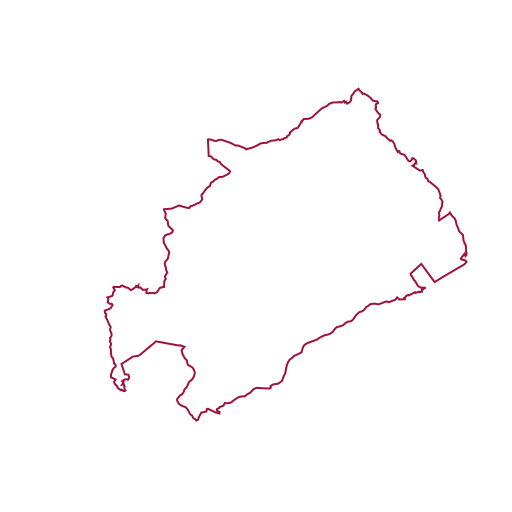 Alesd, Bihor, Romania (Robinson projection), rotated 236°
{"feature_id": "2599482B2208634986084", "entity_name": "Alesd", "entity_type": "district", "adm_level": 2, "iso_a3": "ROU", "parent_name": "Romania", "parent_adm1": "Bihor", "projection": "robinson", "projection_center": [22.42, 47.104], "detail": "fine", "context": "isolated", "style": "outline", "palette": "rose", "viewbox_px": 512, "rotation_deg": 236, "n_neighbors": 0, "source": "geoboundaries", "source_scale": "gbopen_adm2", "svg_char_len": 6107}
<svg xmlns="http://www.w3.org/2000/svg" viewBox="0 0 512 512"><g transform="rotate(236 256 256)"><path d="M337.3,434.5L337.2,429.8L335.8,426.5L335.5,425.0L335.1,424.3L332.1,422.1L331.1,419.8L331.3,416.8L333.5,417.0L333.5,415.4L335.3,415.8L335.5,412.4L337.2,411.2L337.4,410.0L340.3,405.6L341.3,401.8L340.7,399.0L341.6,392.7L339.6,380.0L340.4,376.2L342.8,372.3L342.3,370.2L341.8,369.5L342.3,369.1L341.5,368.2L338.9,362.5L339.1,361.3L340.0,359.2L339.4,353.3L338.3,352.5L337.8,350.4L338.0,349.0L337.1,347.6L337.9,344.8L337.6,343.7L338.4,342.3L338.9,340.3L340.3,339.9L341.4,335.7L342.4,334.5L343.0,333.3L343.9,329.2L343.8,328.1L344.6,327.1L346.7,322.9L347.2,317.2L348.0,313.0L348.6,312.0L348.9,310.2L349.8,308.9L349.8,307.6L352.2,306.7L358.0,302.6L358.5,301.4L359.1,300.8L364.1,298.1L371.6,292.4L372.9,290.5L373.6,287.2L374.3,286.3L377.6,283.8L379.2,282.0L379.4,281.3L365.3,272.7L363.6,274.5L362.3,274.5L359.6,275.1L357.9,276.9L356.0,277.2L353.8,278.7L351.8,278.4L340.9,281.9L340.6,281.7L339.9,280.7L339.5,278.8L340.3,272.5L341.7,270.3L342.2,268.9L341.8,266.9L342.2,265.1L342.1,263.7L341.6,262.0L341.9,260.6L341.8,259.3L339.8,257.1L339.9,254.3L339.0,250.6L337.4,246.8L337.3,245.2L336.3,244.4L333.0,243.2L331.8,239.4L332.0,237.7L332.5,236.5L333.1,231.5L333.9,229.8L333.1,227.3L336.7,223.8L340.9,220.5L342.4,212.7L346.2,205.9L344.6,205.2L341.5,204.9L338.4,202.0L336.8,201.9L334.7,202.4L329.9,200.2L323.8,201.5L322.5,199.9L322.6,196.3L323.2,195.4L323.9,192.3L322.6,189.3L319.9,187.8L319.3,187.2L312.4,186.3L309.7,186.5L307.6,186.2L303.0,181.3L302.0,177.5L300.4,175.9L298.5,175.1L297.2,175.1L294.8,173.7L291.9,173.2L290.1,169.1L289.1,168.6L287.4,168.4L286.6,166.2L284.9,164.7L281.7,162.6L282.6,161.0L282.6,159.9L283.1,159.5L283.3,158.4L281.4,153.8L281.6,152.6L281.5,151.7L282.0,150.7L282.9,150.0L283.6,148.6L284.8,147.2L285.1,146.2L286.3,144.6L287.0,144.5L288.8,146.2L289.3,147.0L289.5,146.1L291.4,143.1L294.5,142.6L295.1,141.3L296.2,140.5L296.6,141.4L297.4,142.0L297.1,140.8L298.2,139.8L297.6,138.9L297.4,134.8L297.7,133.1L300.8,132.3L301.8,131.7L302.6,130.5L306.2,128.8L306.7,127.3L306.3,126.5L306.4,125.7L310.0,120.8L309.8,120.1L306.6,119.8L306.3,119.5L306.0,117.9L305.4,117.0L303.5,115.1L303.3,114.2L304.8,109.6L303.2,109.7L300.6,107.3L298.3,107.8L297.0,109.7L295.6,109.7L294.1,106.7L294.2,103.9L295.0,101.7L295.3,100.0L292.9,99.0L292.0,99.3L290.5,98.7L290.0,97.4L285.6,96.9L281.7,96.0L278.4,95.8L276.7,94.0L275.6,93.3L272.5,92.9L270.6,91.6L269.7,89.1L268.2,88.7L267.0,87.1L264.4,86.8L263.7,86.3L262.1,84.0L259.7,83.5L257.2,81.8L253.3,79.9L251.0,80.3L246.1,78.2L245.3,78.6L244.0,78.6L242.8,77.8L242.7,76.0L242.2,74.0L239.2,70.0L236.7,67.9L232.1,70.5L231.2,68.2L229.5,67.5L227.9,67.5L225.8,68.2L224.8,67.6L222.7,68.0L220.2,69.0L220.3,69.9L218.1,70.6L217.6,71.3L217.5,72.5L218.4,72.4L221.4,73.7L221.5,74.2L223.5,74.7L224.2,73.1L224.7,74.5L225.6,75.8L226.9,75.0L227.2,75.6L227.1,77.8L226.5,79.3L225.0,80.8L225.7,82.3L227.2,83.4L229.0,83.8L231.2,81.1L241.7,84.1L241.4,97.8L239.1,102.6L238.9,104.1L241.1,125.4L224.7,142.2L224.5,143.2L220.7,145.9L219.5,141.7L215.3,140.1L210.9,139.8L208.2,140.3L204.0,138.6L199.8,140.7L197.7,141.0L194.9,140.6L193.4,139.9L191.1,137.6L189.4,134.2L188.9,129.9L186.1,125.4L185.3,121.9L184.0,120.4L182.6,117.4L182.9,115.2L181.5,110.6L180.0,109.7L178.0,109.7L177.2,109.3L173.8,110.4L169.8,113.2L166.9,113.5L161.2,113.0L159.6,113.8L156.6,113.4L153.9,114.6L153.0,114.5L152.7,116.5L154.3,118.4L156.8,123.3L155.9,124.7L154.9,128.0L156.7,129.9L156.1,130.8L149.2,134.8L145.9,137.6L147.1,138.5L148.5,137.5L149.8,137.3L150.9,138.1L150.6,140.4L151.1,141.5L150.1,145.4L151.6,147.9L149.8,150.1L148.4,153.7L148.8,156.0L148.8,162.2L147.7,165.5L146.0,168.0L146.2,171.2L146.0,175.1L147.0,179.3L146.5,182.5L138.5,193.1L138.5,194.6L140.1,195.4L139.9,198.5L137.8,202.8L137.9,207.8L140.8,211.7L142.4,214.6L147.7,219.9L149.9,222.9L151.2,225.9L151.5,230.3L151.9,231.3L150.6,239.8L153.7,243.4L155.0,245.8L155.2,247.3L155.0,250.1L152.6,259.9L152.7,262.8L152.0,268.3L150.6,271.8L150.1,274.7L150.1,276.9L151.5,280.6L151.9,283.3L151.1,285.1L149.9,289.2L150.3,292.1L150.3,295.0L148.9,298.2L148.8,299.6L149.5,302.2L150.9,305.6L151.7,310.2L150.8,313.1L150.8,315.1L152.1,319.2L151.9,320.3L152.1,324.2L150.1,327.7L147.3,330.8L145.5,338.7L143.3,340.3L142.4,344.9L141.7,346.6L142.7,349.8L139.8,350.5L136.9,355.2L137.4,355.5L138.3,355.4L138.5,357.8L139.0,358.4L139.0,358.7L138.5,360.5L137.9,360.6L137.1,367.5L136.2,367.5L135.2,371.2L134.9,371.1L134.3,372.1L133.6,373.7L135.1,374.4L134.9,375.1L135.3,375.2L134.8,378.9L137.7,374.9L140.6,373.5L146.3,373.9L147.6,373.5L151.4,373.9L153.9,373.8L154.9,374.3L157.0,388.6L134.5,389.5L134.1,399.9L132.6,423.8L133.2,426.7L133.6,427.4L135.7,426.8L138.2,424.3L139.3,424.3L141.3,430.2L138.8,429.6L139.2,431.1L141.1,432.4L142.6,432.8L143.5,433.6L146.9,435.6L148.2,435.9L149.8,435.8L150.1,436.3L152.8,436.7L157.7,439.3L163.0,438.2L165.5,439.0L169.6,439.7L173.2,441.2L176.1,441.7L180.3,440.9L183.6,441.0L183.0,438.9L183.1,427.7L185.4,428.8L187.0,430.6L190.0,432.2L190.4,433.9L191.8,435.3L193.3,438.2L195.7,439.8L196.5,440.9L198.9,441.3L201.4,441.1L202.5,442.6L205.6,443.6L210.0,444.5L220.2,441.6L221.6,440.6L222.6,441.1L224.6,441.2L226.0,440.4L228.0,441.0L228.6,441.5L230.4,441.8L231.7,441.5L234.0,442.3L235.1,439.7L243.3,436.2L243.3,437.8L243.0,438.2L243.7,439.0L243.9,440.2L243.5,440.1L243.0,440.6L244.9,441.7L246.4,441.9L248.7,441.2L249.6,440.5L249.7,440.1L248.8,439.1L248.2,436.9L248.6,436.2L250.0,435.6L256.4,435.7L257.8,435.2L258.6,434.1L259.6,433.4L261.2,432.9L262.8,433.5L263.3,432.5L263.0,431.7L265.4,431.9L269.6,432.6L271.2,433.3L274.5,433.5L276.3,432.8L276.4,431.7L281.5,430.4L282.6,430.5L286.5,428.2L289.8,427.9L290.2,428.1L290.6,429.0L292.7,429.0L293.5,428.6L296.8,430.8L297.2,430.6L297.8,430.8L300.6,432.2L301.1,432.8L301.7,435.7L302.4,437.1L303.6,437.9L304.3,437.9L305.6,437.4L309.1,437.1L311.5,437.4L311.7,438.3L312.3,439.0L313.6,439.2L314.4,440.0L314.7,440.5L314.5,442.6L316.3,443.1L317.3,441.7L319.4,439.9L321.2,439.3L322.3,439.6L326.8,438.2L329.8,436.6L330.4,436.1L330.7,434.9L331.9,435.3L335.2,434.5L337.3,434.5Z" fill="none" stroke="#9f1239" stroke-width="2"/></g></svg>